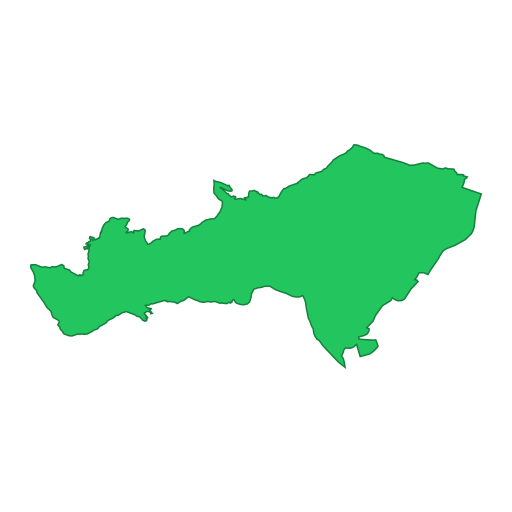 the district of Milcoiu, Vâlcea, Romania
{"feature_id": "2599482B82610834296964", "entity_name": "Milcoiu", "entity_type": "district", "adm_level": 2, "iso_a3": "ROU", "parent_name": "Romania", "parent_adm1": "Vâlcea", "projection": "natural_earth1", "projection_center": [24.434, 45.034], "detail": "fine", "context": "isolated", "style": "filled", "palette": "green", "viewbox_px": 512, "rotation_deg": 0, "n_neighbors": 0, "source": "geoboundaries", "source_scale": "gbopen_adm2", "svg_char_len": 6024}
<svg xmlns="http://www.w3.org/2000/svg" viewBox="0 0 512 512"><path d="M376.9,347.8L378.0,346.2L375.8,339.9L373.4,340.1L366.0,339.7L358.9,339.1L358.7,337.0L364.7,335.3L367.5,333.7L369.0,330.8L369.1,328.7L366.6,327.8L373.0,321.2L375.6,315.3L382.6,305.6L390.2,301.0L391.3,299.9L392.4,297.8L395.4,299.9L397.6,300.7L400.9,300.7L402.5,300.3L404.6,299.0L410.8,289.2L418.1,281.6L416.8,280.0L414.7,279.7L417.3,276.3L419.0,272.7L423.9,272.8L427.9,274.5L430.6,270.0L438.1,259.1L440.5,254.8L442.9,251.2L444.3,249.9L447.4,248.3L455.1,245.3L465.2,239.7L471.2,233.9L472.6,231.6L474.2,227.0L475.9,210.8L481.3,194.0L462.1,187.4L463.5,184.2L464.5,180.8L464.3,179.8L464.6,179.2L466.5,178.1L467.3,176.9L463.3,175.8L463.5,174.9L461.5,174.5L459.3,174.7L459.0,174.3L457.5,174.8L456.5,172.6L455.4,172.0L453.8,169.1L448.3,168.8L445.3,167.9L442.8,169.0L437.4,168.1L428.5,163.0L424.1,163.2L423.2,162.9L414.4,165.0L409.8,165.3L403.4,162.7L384.3,157.2L383.9,155.5L381.5,154.2L380.4,154.4L377.8,153.3L373.9,153.3L369.8,150.0L365.3,147.9L359.1,145.9L358.0,145.2L354.1,144.7L351.9,147.9L348.7,150.5L347.4,151.0L346.7,152.3L344.3,153.9L339.5,155.9L333.5,159.8L332.2,161.7L327.3,166.7L326.5,168.2L323.9,169.2L321.6,171.4L315.8,173.0L314.2,174.9L309.8,174.4L306.8,177.7L302.2,179.0L297.6,182.7L297.6,183.2L289.1,186.1L285.8,188.3L283.9,188.6L281.6,191.5L278.7,196.9L276.5,198.0L274.9,198.2L273.8,197.3L271.5,197.8L270.3,197.3L269.0,197.4L265.9,195.4L264.9,195.9L262.5,195.8L261.7,194.4L261.2,194.2L259.7,194.5L258.0,192.3L257.4,192.6L257.3,191.8L253.9,190.4L252.4,191.0L249.5,191.1L248.6,193.9L248.5,196.8L246.9,197.5L245.1,197.5L244.4,197.9L244.6,198.5L246.0,199.6L245.9,199.9L240.6,198.5L238.1,198.7L236.0,199.4L234.6,198.7L234.5,198.4L235.7,197.3L235.5,196.7L233.3,196.0L232.0,196.9L231.4,196.8L228.9,195.0L228.2,193.8L226.5,193.2L223.4,190.1L220.1,187.5L220.5,187.3L227.5,190.8L230.5,191.2L231.7,191.0L232.1,190.4L232.0,189.5L229.9,187.2L229.4,185.5L226.6,185.3L223.0,183.5L218.9,182.0L216.0,181.5L213.9,180.5L214.2,183.8L213.7,189.2L214.0,193.1L216.4,195.8L218.5,198.9L221.9,201.0L222.3,201.7L222.4,204.1L221.9,207.2L219.9,212.0L217.9,214.5L217.0,216.1L215.0,218.1L213.9,218.8L210.5,218.9L205.5,220.2L201.8,222.6L200.9,223.7L198.1,225.5L193.3,226.7L191.2,227.9L189.3,230.1L189.3,231.2L187.7,231.7L185.0,233.2L184.1,233.3L184.4,230.9L182.7,228.9L179.4,228.6L177.6,228.8L175.3,230.1L171.5,231.2L170.5,232.5L169.3,233.2L169.1,234.0L167.7,235.6L166.2,236.0L161.4,236.2L160.5,237.2L160.1,239.3L157.8,239.1L156.6,239.3L152.9,241.2L151.2,242.9L148.5,244.3L147.4,244.1L147.2,243.1L145.6,240.9L144.3,237.3L144.2,235.7L144.8,233.9L145.2,230.6L144.9,229.8L143.7,228.9L143.1,228.8L139.0,230.9L134.1,230.5L133.7,230.8L133.8,232.7L133.5,233.1L132.0,231.9L131.0,231.6L128.0,232.8L126.4,232.7L126.1,232.2L128.0,230.9L128.2,229.5L127.9,228.8L125.4,227.1L125.1,226.6L126.7,224.6L127.5,222.3L129.4,220.4L129.5,219.5L129.1,218.9L127.1,218.1L124.4,218.4L121.7,218.1L118.2,219.3L113.1,217.4L110.8,218.0L109.7,219.1L109.2,221.0L105.9,222.6L104.0,224.7L102.2,228.4L102.0,229.6L101.4,230.5L101.6,231.1L101.2,231.6L101.4,231.9L100.5,232.4L100.9,233.0L100.3,233.6L99.6,237.8L98.6,237.9L97.8,238.5L97.7,238.9L96.5,239.1L95.8,239.8L94.2,239.7L92.8,240.4L92.8,239.5L93.5,238.4L94.2,238.1L92.7,237.3L91.3,237.3L90.5,236.6L90.0,236.6L89.5,238.6L90.8,239.5L90.3,241.4L89.0,241.5L88.4,242.6L86.5,243.0L86.1,243.9L87.8,244.0L88.3,244.9L86.0,246.6L83.9,247.1L84.4,249.2L84.7,249.5L85.5,249.0L86.6,248.7L87.6,248.8L88.0,249.3L87.6,247.9L87.9,247.2L88.8,246.1L89.7,244.5L90.3,244.7L88.9,248.1L88.9,251.6L88.0,253.8L88.4,256.2L88.0,258.6L89.3,261.6L88.2,265.0L89.0,267.6L87.6,269.9L85.8,269.9L84.1,270.4L83.3,272.2L83.0,274.1L83.2,275.0L81.7,275.5L80.8,274.9L80.3,275.5L79.3,274.9L78.5,275.9L71.0,272.0L69.5,270.0L64.3,268.4L63.8,265.7L61.7,264.5L56.8,266.6L55.1,267.0L52.4,266.6L49.5,267.9L48.5,267.4L46.8,267.3L45.9,266.8L41.8,267.2L35.5,264.7L31.1,264.8L30.7,265.6L31.0,268.1L33.2,271.8L34.5,275.4L35.1,280.4L34.5,282.8L33.4,285.2L33.4,286.4L33.8,287.5L36.5,290.6L36.8,291.1L37.0,292.7L43.7,302.1L47.2,307.7L50.8,311.0L52.6,316.5L53.6,317.6L58.4,320.3L59.1,321.1L59.2,322.6L57.8,324.9L59.7,327.1L60.5,329.5L62.2,331.0L63.6,333.7L68.8,335.7L71.9,336.0L77.8,334.0L80.1,334.4L81.4,333.9L83.8,334.3L87.7,333.9L90.8,332.0L91.9,331.7L93.5,330.3L97.7,328.8L99.6,326.3L101.3,325.7L106.5,322.5L107.2,321.1L110.0,319.4L111.8,318.8L114.8,316.8L115.8,315.5L118.3,315.3L122.0,312.8L126.4,311.6L135.7,315.2L136.3,315.9L139.7,316.9L141.6,318.8L142.5,320.1L144.4,321.0L144.7,320.6L145.4,321.0L146.5,320.7L146.6,320.0L146.9,319.6L146.0,318.2L147.3,318.1L147.7,317.8L147.3,317.0L146.0,316.5L146.3,316.0L145.3,314.4L144.4,314.2L144.4,313.0L147.1,311.4L148.3,311.4L150.5,312.5L151.1,313.2L150.9,313.7L152.2,313.4L151.4,312.7L151.6,312.2L151.3,311.9L150.6,311.9L149.7,311.3L150.3,310.3L149.6,309.4L151.3,308.9L151.1,308.5L147.4,307.8L146.7,307.3L146.3,306.3L145.5,305.4L149.2,305.1L151.1,303.7L152.2,304.0L164.4,300.5L165.8,300.7L165.7,300.9L167.7,301.8L169.1,301.5L173.1,301.9L175.4,302.5L177.1,303.5L177.7,303.4L181.0,301.1L182.2,301.0L184.3,300.1L188.5,296.7L194.5,299.6L198.4,300.9L199.4,301.6L203.1,302.3L208.1,301.5L210.4,302.0L215.2,301.5L220.1,303.3L221.4,302.8L222.2,303.2L226.9,303.6L227.4,303.4L227.8,302.7L228.7,302.5L230.2,303.0L230.3,302.1L231.1,302.0L231.6,302.4L232.7,300.0L233.7,299.7L234.5,300.3L235.0,301.6L236.3,303.1L240.2,304.4L243.6,304.8L247.4,303.9L249.6,302.0L251.0,297.5L251.5,293.7L252.9,291.5L253.5,289.3L257.6,287.9L262.1,287.2L264.1,286.4L268.9,286.1L270.0,286.3L275.7,289.8L277.7,290.4L279.5,291.3L286.1,293.3L292.5,296.4L295.7,296.9L299.8,296.9L302.7,295.5L304.6,299.4L305.7,302.9L306.2,307.4L308.4,318.3L309.7,320.8L311.9,326.7L313.1,328.6L313.9,333.4L315.0,336.3L316.6,338.3L316.7,339.0L318.6,340.1L319.9,341.4L322.6,345.3L334.3,357.8L339.1,362.7L345.1,367.3L344.4,362.9L343.4,358.8L341.6,355.9L343.2,352.4L344.0,349.5L345.5,348.0L350.5,348.2L353.1,347.3L356.6,344.5L360.2,356.6L370.0,353.8L373.6,351.2L376.9,347.8Z" fill="#22c55e" stroke="#15803d" stroke-width="1.5"/></svg>